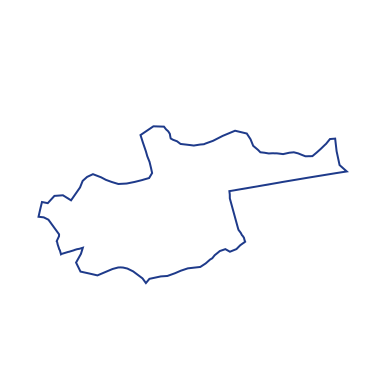 Ogba/Egbema/Ndoni, Rivers, Nigeria (Natural Earth projection), rotated 73°
{"feature_id": "59680162B28887917480980", "entity_name": "Ogba/Egbema/Ndoni", "entity_type": "district", "adm_level": 2, "iso_a3": "NGA", "parent_name": "Nigeria", "parent_adm1": "Rivers", "projection": "natural_earth1", "projection_center": [6.63, 5.434], "detail": "fine", "context": "isolated", "style": "outline", "palette": "blue", "viewbox_px": 384, "rotation_deg": 73, "n_neighbors": 0, "source": "geoboundaries", "source_scale": "gbopen_adm2", "svg_char_len": 1896}
<svg xmlns="http://www.w3.org/2000/svg" viewBox="0 0 384 384"><g transform="rotate(73 192 192)"><path d="M225.6,323.5L235.5,321.9L240.3,313.4L244.1,306.8L242.5,291.5L242.4,290.3L242.6,284.7L243.2,282.4L244.1,280.0L246.3,276.2L250.7,271.5L260.1,264.6L265.6,262.7L262.6,258.1L263.6,246.5L265.1,240.1L264.7,232.0L264.0,225.8L263.8,218.3L265.1,211.3L266.1,206.0L264.3,199.8L261.9,194.5L261.3,192.0L259.1,188.8L257.5,184.8L256.6,182.7L256.4,176.8L260.2,173.2L259.6,166.2L257.0,161.4L255.1,155.7L253.8,155.8L252.7,155.8L251.0,155.7L249.2,156.2L247.7,156.9L245.4,157.3L244.0,157.8L241.8,158.6L239.9,158.6L209.2,157.7L205.4,156.6L202.1,156.0L204.8,135.1L208.5,105.8L208.8,103.1L212.2,77.1L216.0,49.2L217.6,38.0L209.4,43.0L195.3,41.8L182.8,39.5L181.7,44.6L185.2,49.8L185.4,50.3L186.4,52.3L188.3,56.0L190.8,61.4L192.9,66.4L191.0,73.1L188.7,76.0L186.1,79.2L183.8,83.0L182.9,87.4L182.4,93.8L180.6,97.8L179.9,99.4L178.4,104.0L177.6,107.3L175.6,111.3L174.0,115.0L171.1,116.5L165.7,120.0L164.4,120.1L158.7,120.6L152.1,122.5L146.0,132.9L146.1,134.0L147.3,146.2L149.2,156.9L149.6,165.0L149.8,166.6L149.0,170.3L148.1,176.7L146.6,180.0L142.7,188.9L139.1,191.5L136.5,194.9L134.6,196.7L133.1,196.6L129.9,196.2L127.0,197.0L124.5,198.5L121.3,199.7L117.9,209.7L122.5,224.6L130.3,224.5L139.6,224.2L144.8,224.3L150.8,223.8L157.4,224.2L162.2,224.6L166.1,228.9L166.0,234.5L166.0,236.3L165.6,243.9L164.8,252.0L162.8,260.1L158.9,265.9L155.2,270.8L151.4,274.6L146.0,281.5L146.9,287.9L149.4,293.3L154.6,297.5L154.8,297.6L164.6,310.1L157.4,316.4L155.5,324.7L160.5,333.2L157.7,338.4L164.3,342.3L170.8,346.0L172.9,341.2L176.5,337.4L193.6,331.5L195.4,332.1L199.5,335.8L200.4,335.6L202.8,335.8L207.0,335.7L208.1,335.7L209.0,335.4L213.3,335.5L213.1,334.8L213.1,333.2L213.1,327.8L213.2,327.1L213.2,322.0L213.1,321.4L213.1,318.6L213.4,316.2L213.4,312.7L218.7,316.3L225.6,323.5Z" fill="none" stroke="#1e3a8a" stroke-width="2"/></g></svg>